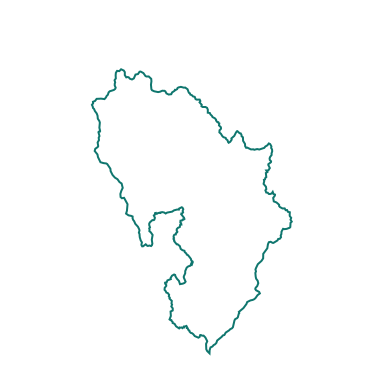 Samana, Caldas, Colombia, rotated 145°
{"feature_id": "7082276B26137922991346", "entity_name": "Samana", "entity_type": "district", "adm_level": 2, "iso_a3": "COL", "parent_name": "Colombia", "parent_adm1": "Caldas", "projection": "albers", "projection_center": [-74.983, 5.535], "detail": "fine", "context": "isolated", "style": "outline", "palette": "teal", "viewbox_px": 384, "rotation_deg": 145, "n_neighbors": 0, "source": "geoboundaries", "source_scale": "gbopen_adm2", "svg_char_len": 6068}
<svg xmlns="http://www.w3.org/2000/svg" viewBox="0 0 384 384"><g transform="rotate(145 192 192)"><path d="M212.9,320.6L216.7,323.0L219.2,322.2L221.4,322.7L222.2,321.3L224.0,320.8L224.3,318.9L224.9,317.7L224.6,316.1L225.1,314.1L225.0,311.0L225.6,308.7L227.1,306.1L227.2,303.2L227.7,301.7L231.0,297.8L232.3,294.6L232.8,294.3L233.8,294.9L234.3,294.7L235.7,290.9L237.3,290.0L238.4,287.9L240.9,286.7L242.5,283.4L243.5,282.9L246.4,282.9L248.2,281.4L247.9,277.0L249.0,274.5L249.9,268.9L247.9,266.4L245.9,264.6L245.4,263.5L245.5,257.9L246.7,255.7L247.3,251.5L246.9,248.0L245.7,245.2L245.7,241.8L244.8,239.3L246.4,235.1L249.2,233.5L251.8,231.5L253.4,228.8L253.0,227.1L251.0,226.2L251.8,219.0L256.1,213.9L258.4,212.1L257.4,209.3L255.5,207.3L254.7,206.0L255.8,204.5L256.2,202.8L256.1,201.3L256.7,198.5L256.2,194.5L256.7,191.6L257.1,190.6L258.9,189.1L259.0,187.9L260.7,185.0L261.8,181.7L261.9,179.5L263.8,177.7L264.0,176.1L263.3,175.6L259.9,175.7L259.5,173.6L259.1,173.1L257.6,172.6L256.5,171.2L255.4,171.4L254.1,172.4L252.3,176.0L248.9,179.4L248.9,182.7L249.4,184.3L248.2,185.8L247.9,186.8L246.7,187.1L246.0,189.5L245.1,190.7L243.8,191.3L240.6,191.7L239.5,190.9L238.8,190.9L237.2,192.1L236.7,194.7L235.5,194.7L234.3,195.9L233.6,195.6L233.9,194.9L233.4,194.3L231.6,194.2L230.0,193.0L229.7,193.4L227.9,192.6L226.6,191.2L225.9,189.5L224.2,189.4L219.5,187.3L217.3,187.3L214.3,186.2L212.8,185.1L212.1,185.8L209.2,185.4L208.8,184.7L209.0,182.9L210.6,181.8L210.9,180.5L212.2,180.1L212.9,180.4L213.0,180.0L213.6,179.9L213.3,175.5L213.7,174.2L214.9,174.2L215.4,174.8L216.5,174.4L217.9,175.1L219.0,173.8L218.8,172.7L219.4,171.4L220.4,172.0L222.1,170.3L224.1,170.7L225.8,170.3L226.8,169.0L226.7,168.0L227.2,167.5L228.8,167.4L229.6,166.5L230.8,167.1L231.7,166.9L232.9,165.8L233.1,164.6L234.1,164.2L234.2,162.6L234.7,162.3L234.8,161.6L234.6,158.8L234.5,157.9L233.8,157.5L233.0,154.6L233.9,151.9L233.2,149.8L231.9,148.2L232.4,146.9L231.9,144.8L232.2,143.7L231.5,142.5L231.3,139.3L231.3,137.6L231.9,136.3L231.5,135.1L233.2,134.1L232.2,133.7L234.2,132.3L234.9,132.9L235.9,132.6L237.6,133.2L239.7,133.1L242.9,131.1L244.2,129.3L247.2,127.5L247.8,126.6L248.7,122.2L250.3,121.8L252.1,122.2L254.7,123.4L253.7,126.7L254.1,129.6L253.9,132.6L253.4,133.7L254.0,134.7L256.4,134.9L258.9,133.8L259.3,132.8L262.8,133.7L264.8,132.4L265.8,133.2L266.2,133.1L266.6,132.1L266.4,130.7L266.9,129.9L269.4,129.1L270.6,127.6L270.4,125.9L270.7,124.3L269.8,123.1L269.7,120.9L270.9,119.8L270.8,118.2L271.6,117.6L271.0,114.4L272.8,112.3L272.9,111.2L274.6,110.1L274.5,107.8L275.5,106.3L275.8,106.0L278.1,106.4L280.4,102.6L283.5,100.5L283.2,99.6L282.4,98.9L282.7,98.1L282.4,96.7L283.0,95.8L281.9,94.0L282.1,91.1L280.8,87.7L279.8,88.1L279.2,87.4L278.2,87.0L277.9,86.0L276.4,86.3L276.6,85.8L276.1,85.5L275.3,86.0L273.4,85.5L273.6,83.9L274.2,83.4L273.7,82.8L274.1,81.1L273.6,80.0L274.1,79.2L273.8,77.3L272.9,76.2L272.5,74.7L272.4,72.4L270.3,69.0L268.9,68.9L267.4,70.1L266.8,69.8L266.1,68.5L264.9,67.7L264.5,65.2L265.1,61.0L267.6,59.5L270.5,55.0L270.8,53.1L270.2,49.8L268.3,52.3L266.0,54.1L263.9,53.7L262.1,54.2L260.5,54.0L258.6,54.4L256.6,55.9L250.9,56.3L249.0,56.8L247.5,56.3L245.0,57.5L240.9,57.4L239.4,57.7L237.4,57.4L236.0,57.8L230.8,62.5L229.4,63.1L227.5,62.8L226.3,63.1L223.6,65.4L222.7,65.7L222.4,66.9L216.5,67.4L211.7,69.0L209.9,70.2L206.4,69.7L204.2,68.8L202.5,68.5L200.8,68.7L197.5,69.9L194.6,70.0L194.3,71.6L195.9,74.8L195.8,76.3L194.7,77.1L192.6,77.5L190.0,79.3L189.1,81.7L189.2,84.2L188.4,86.1L186.5,89.4L185.2,90.2L184.4,92.2L183.0,93.1L179.5,95.1L174.6,95.7L171.8,96.8L169.1,100.5L162.6,102.7L159.8,105.6L157.9,106.8L156.1,106.1L155.2,104.2L154.5,103.6L149.7,103.3L148.3,104.1L147.0,103.3L145.0,103.9L144.3,105.5L143.0,106.2L141.4,108.2L138.5,109.6L137.5,108.5L135.6,107.5L132.5,106.7L131.6,106.9L129.0,110.2L127.3,110.5L127.2,112.8L125.6,113.9L125.7,116.1L125.3,117.0L123.5,119.3L124.8,120.8L124.5,122.7L125.7,123.4L125.5,125.4L127.3,126.6L128.6,129.2L128.7,130.5L128.0,131.5L128.2,132.7L128.8,135.0L130.4,137.4L128.9,140.6L126.2,141.5L125.5,142.3L126.4,143.6L125.8,145.8L127.6,145.1L129.3,145.6L130.2,146.4L130.4,148.0L131.5,149.0L130.9,151.3L129.5,151.7L128.4,153.9L128.7,157.6L126.6,159.5L126.1,160.7L125.0,160.5L123.6,161.6L122.6,161.6L120.6,165.2L118.9,165.1L118.8,167.0L117.1,165.9L114.5,167.0L114.0,170.4L113.5,171.0L110.3,171.1L109.6,171.8L109.9,173.6L109.1,175.1L107.9,175.9L105.5,176.7L104.8,177.9L102.9,179.4L102.0,181.0L101.9,182.7L100.8,183.8L100.5,186.4L101.2,187.7L103.6,187.0L105.8,187.2L107.5,186.7L112.5,188.2L114.0,189.8L116.8,190.9L117.2,191.7L119.3,193.1L121.3,196.7L122.3,197.1L122.2,199.0L121.0,201.0L120.8,204.6L118.9,207.6L119.4,209.2L118.7,210.4L118.5,212.1L119.3,212.8L119.9,215.8L120.3,216.0L121.9,215.5L125.2,213.7L129.0,213.3L129.5,212.1L131.9,211.2L133.7,211.3L133.8,212.2L133.2,214.0L133.7,215.7L133.4,217.0L134.8,218.9L135.1,220.4L134.9,223.1L135.4,225.1L134.0,226.8L132.4,227.0L131.7,227.5L131.2,228.5L131.7,231.1L130.3,232.5L130.7,233.3L130.4,234.1L131.2,234.9L131.3,236.7L130.8,237.5L131.0,239.3L132.2,241.6L132.0,243.0L132.4,245.0L132.1,246.5L133.6,247.9L131.8,250.4L131.4,252.3L132.2,253.9L134.5,255.5L135.1,256.8L134.0,257.9L134.4,261.1L133.0,261.7L132.7,263.3L135.1,264.9L135.8,266.0L135.2,268.4L136.4,269.8L136.5,271.2L137.5,272.8L137.1,274.0L137.6,274.9L137.5,275.8L136.7,278.7L137.7,281.5L138.8,282.1L140.8,284.5L143.1,285.4L144.1,285.5L145.2,284.8L147.3,285.0L147.5,285.4L148.4,284.9L151.2,285.0L152.9,284.0L155.2,285.2L156.4,287.4L156.1,289.7L156.5,290.7L158.3,292.0L160.7,292.5L162.5,293.3L165.2,296.2L166.4,298.3L166.3,299.5L164.1,303.4L161.7,306.0L160.5,308.1L161.2,311.5L162.9,312.6L163.6,313.6L163.6,317.3L165.0,320.1L166.0,320.6L168.6,319.6L170.9,320.6L174.5,318.4L176.6,318.6L177.9,320.4L178.1,322.3L178.8,323.1L180.1,323.6L180.0,326.3L178.3,328.7L178.2,330.6L179.7,333.2L182.2,332.7L183.9,334.2L186.0,333.3L187.6,331.4L189.3,328.7L191.3,328.0L192.1,325.8L193.2,325.0L194.2,323.6L194.7,321.2L195.8,320.5L197.5,320.4L201.7,321.7L203.2,321.4L205.2,319.9L206.9,319.6L208.3,318.8L210.4,318.3L212.9,320.6Z" fill="none" stroke="#0f766e" stroke-width="2"/></g></svg>